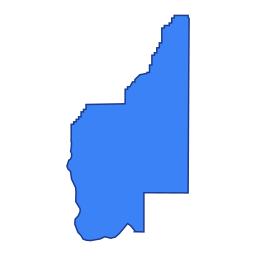 Grant, Washington, United States of America (Mercator projection)
{"feature_id": "52423323B96573779490833", "entity_name": "Grant", "entity_type": "district", "adm_level": 2, "iso_a3": "USA", "parent_name": "United States of America", "parent_adm1": "Washington", "projection": "mercator", "projection_center": [-119.611, 47.294], "detail": "fine", "context": "isolated", "style": "filled", "palette": "blue", "viewbox_px": 256, "rotation_deg": 0, "n_neighbors": 0, "source": "geoboundaries", "source_scale": "gbopen_adm2", "svg_char_len": 1160}
<svg xmlns="http://www.w3.org/2000/svg" viewBox="0 0 256 256"><path d="M134.3,231.7L143.9,231.9L143.9,221.9L143.9,192.7L188.1,192.9L188.4,134.1L188.8,61.7L189.1,18.5L188.2,17.8L188.1,15.4L174.2,15.4L174.2,18.0L171.7,18.0L171.7,23.0L169.2,23.0L169.2,25.5L164.3,25.5L164.3,28.0L161.8,28.0L161.8,42.9L159.3,42.9L159.3,47.7L156.8,47.8L156.8,52.8L154.4,52.7L154.4,55.2L151.9,55.2L151.9,65.0L149.5,65.0L149.5,72.4L147.0,72.4L147.0,73.3L139.8,74.8L134.9,79.5L134.9,82.0L132.5,81.9L130.0,86.8L127.5,86.8L127.6,89.2L125.2,89.2L125.1,103.8L86.0,104.5L86.0,109.4L83.5,109.4L83.5,111.9L81.1,111.9L81.0,116.8L78.6,116.8L78.6,119.3L76.2,119.4L76.1,121.8L73.7,121.8L73.7,124.2L71.2,124.3L71.2,139.3L71.0,141.1L71.5,142.4L71.3,147.4L70.6,151.0L71.6,153.6L71.5,156.9L70.4,159.3L68.8,160.2L66.9,166.1L68.0,169.0L70.5,171.5L71.6,179.1L75.6,187.5L76.0,191.7L75.8,201.7L80.1,208.7L80.1,211.8L78.3,215.8L75.2,219.1L74.9,222.0L74.9,224.4L77.9,232.2L81.2,235.7L83.0,239.0L83.5,239.3L85.3,239.8L86.2,240.2L90.5,240.6L100.2,238.9L104.9,236.7L110.7,238.2L115.4,237.0L119.6,233.2L127.6,223.6L130.6,225.6L134.7,230.6L134.3,231.7Z" fill="#3b82f6" stroke="#1e3a8a" stroke-width="1.5"/></svg>